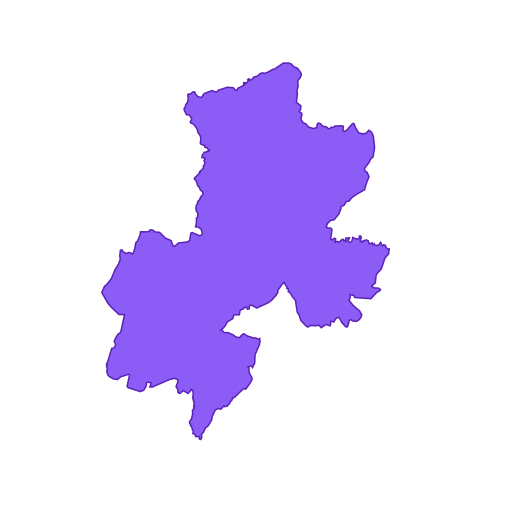 outline of Poko, Orientale, Democratic Republic of the Congo, rotated 23°
{"feature_id": "63176286B68044599971787", "entity_name": "Poko", "entity_type": "district", "adm_level": 2, "iso_a3": "COD", "parent_name": "Democratic Republic of the Congo", "parent_adm1": "Orientale", "projection": "robinson", "projection_center": [26.825, 2.983], "detail": "fine", "context": "isolated", "style": "filled", "palette": "violet", "viewbox_px": 512, "rotation_deg": 23, "n_neighbors": 0, "source": "geoboundaries", "source_scale": "gbopen_adm2", "svg_char_len": 6134}
<svg xmlns="http://www.w3.org/2000/svg" viewBox="0 0 512 512"><g transform="rotate(23 256 256)"><path d="M133.0,131.7L130.1,133.9L132.3,138.2L132.9,141.0L132.2,144.0L132.6,146.4L132.2,148.1L132.9,149.8L136.9,153.2L139.4,152.2L143.1,154.8L143.5,156.1L143.0,158.1L144.1,159.2L145.7,158.9L148.0,159.5L152.4,162.3L154.2,164.9L157.9,167.3L159.5,169.9L160.6,173.9L161.6,174.6L165.6,174.4L166.4,175.8L167.8,175.9L168.4,175.2L169.7,175.9L170.9,177.5L171.7,177.0L171.4,178.6L169.9,178.9L169.3,180.1L167.9,180.6L167.1,184.4L167.8,186.6L168.7,185.9L170.6,185.8L170.5,186.7L171.2,186.9L170.9,188.7L172.4,189.8L172.8,191.9L172.4,194.2L173.4,195.7L171.2,200.4L171.2,201.0L171.9,201.1L168.9,208.4L169.3,209.3L171.8,210.3L174.9,214.1L177.1,215.0L178.8,216.8L181.9,218.0L182.7,219.0L183.1,220.2L181.9,223.3L182.2,225.1L181.8,225.9L182.4,226.4L181.1,228.3L181.3,229.8L181.9,230.4L181.2,232.4L182.0,235.6L183.5,238.0L185.9,239.4L187.1,243.2L186.4,244.3L188.4,249.5L188.9,252.8L191.7,251.9L195.2,252.9L197.9,256.3L197.4,258.2L196.2,259.4L187.9,259.4L187.1,260.6L188.9,267.7L187.4,269.8L179.5,274.4L177.2,279.0L175.7,279.0L171.8,275.0L165.5,274.9L158.0,271.9L153.7,273.3L151.1,272.5L149.2,272.9L148.4,273.3L147.4,275.8L140.2,278.9L141.1,282.1L141.1,286.6L141.0,288.7L140.2,290.9L141.5,296.4L141.9,301.5L141.3,302.6L140.2,302.1L137.5,302.4L135.5,304.5L131.3,303.8L130.3,302.7L128.9,303.6L130.5,309.0L132.3,312.1L132.6,317.1L131.6,323.6L131.7,333.5L129.6,340.9L128.4,343.0L128.3,349.9L138.2,357.4L142.5,359.6L152.7,363.4L157.9,361.4L161.0,377.6L161.0,379.9L159.6,381.6L158.8,386.4L158.8,390.0L161.3,392.0L161.5,394.5L161.2,396.2L159.3,397.4L160.8,411.1L160.6,413.7L160.8,414.4L161.7,414.4L161.6,416.0L163.5,418.5L163.4,419.7L165.7,423.2L167.8,424.2L172.5,424.9L176.8,423.8L178.5,420.2L185.0,414.6L186.1,415.1L188.3,426.4L189.6,427.2L202.6,426.0L205.1,423.4L205.8,418.4L204.7,415.6L205.5,414.5L208.7,413.7L209.4,415.6L209.4,418.1L211.9,417.0L224.3,403.9L228.6,400.5L231.6,400.3L232.5,400.7L233.3,403.0L233.4,407.2L234.3,408.4L235.6,408.6L237.5,412.1L238.9,412.5L239.9,411.9L241.7,408.3L247.0,409.1L248.5,405.7L248.5,404.1L250.6,404.7L252.5,408.4L252.8,410.8L253.9,411.4L253.8,412.4L254.7,412.9L255.3,414.3L256.1,414.3L257.3,418.5L258.1,418.3L258.3,419.0L258.0,420.2L258.6,420.2L258.7,421.1L257.8,422.7L259.8,427.3L259.6,428.0L260.3,430.8L259.5,434.4L260.4,436.1L261.9,436.8L262.1,437.8L263.6,438.4L265.6,441.1L266.9,441.8L267.1,444.0L269.7,444.1L271.0,445.8L274.3,444.4L275.3,446.5L276.8,446.5L277.0,444.0L275.5,441.7L276.5,438.8L276.7,433.8L278.2,431.5L279.3,424.4L278.4,420.7L278.7,413.4L281.4,410.9L283.5,410.8L285.0,406.7L286.3,406.9L286.9,405.6L288.1,405.5L289.4,401.9L289.3,399.6L290.1,398.6L290.1,395.6L291.3,394.8L296.2,383.3L297.4,382.6L298.5,382.7L300.2,375.8L300.6,371.4L300.1,369.9L296.6,367.2L294.4,364.5L293.2,361.6L291.9,361.4L294.2,359.2L295.2,359.1L296.3,360.0L296.7,355.2L293.7,347.2L293.8,336.3L293.0,332.8L291.6,330.5L290.7,331.7L287.5,331.5L286.2,332.4L278.7,333.0L275.1,332.3L273.9,334.0L272.7,337.5L272.0,337.9L268.1,338.4L266.6,337.6L260.3,337.4L256.7,339.0L253.8,337.6L252.5,337.9L254.1,335.1L255.1,331.3L255.2,328.1L259.2,322.5L258.7,321.0L259.0,318.6L263.6,316.6L262.7,312.7L262.9,311.6L265.0,309.6L266.3,307.0L267.6,306.9L268.9,308.4L270.4,307.2L269.6,305.2L269.7,303.7L271.4,303.0L277.0,303.6L285.5,294.3L287.8,290.3L289.9,284.2L290.3,280.8L289.5,279.2L291.1,271.9L292.3,269.2L294.6,271.3L296.1,271.9L297.1,273.9L298.2,273.5L299.0,274.2L299.7,276.4L301.5,276.3L305.8,279.5L309.6,281.4L315.9,291.6L318.9,293.7L322.6,297.9L330.0,301.1L331.7,301.0L333.5,298.6L338.2,296.9L340.8,295.2L344.2,296.5L346.4,292.6L348.5,291.4L351.1,291.5L351.5,291.1L351.3,289.1L350.4,288.0L350.4,286.6L353.4,286.4L354.1,281.8L356.4,280.2L361.2,283.8L365.7,285.9L367.4,286.0L367.9,284.7L367.0,278.5L368.3,277.6L370.4,278.0L373.8,277.1L375.6,274.8L376.5,271.9L376.4,268.8L372.8,266.1L364.7,263.5L358.9,260.4L359.0,257.9L357.9,254.7L361.5,254.2L363.1,255.6L378.5,250.4L381.2,242.6L383.5,239.6L383.7,238.2L381.5,237.7L376.8,239.3L374.3,238.6L376.3,234.1L374.1,226.8L374.5,224.2L376.4,218.8L375.5,207.6L377.2,202.2L375.9,197.4L373.9,198.2L370.6,195.6L369.2,195.7L368.5,197.2L368.0,197.2L365.4,194.7L364.7,197.4L363.5,199.1L360.8,199.5L359.9,198.5L359.0,199.9L357.7,198.6L356.5,199.9L355.1,200.3L353.3,198.1L351.4,198.1L349.0,199.8L348.8,201.5L347.7,201.0L346.6,202.0L345.9,200.7L345.7,197.7L344.4,196.7L343.3,197.3L344.3,198.8L343.5,200.4L340.3,201.2L337.8,201.1L338.4,204.5L337.7,206.6L336.1,206.9L335.0,205.7L334.9,202.7L331.7,204.5L331.8,205.6L333.0,206.4L332.9,207.8L331.3,207.3L330.6,207.6L329.9,206.7L328.6,207.2L327.6,209.9L326.6,210.8L324.8,210.9L323.5,212.3L322.5,208.9L321.1,209.1L319.7,211.5L318.2,211.3L315.5,201.8L313.9,201.1L311.5,202.1L309.5,202.1L309.0,198.5L310.7,194.2L313.8,192.1L315.9,184.6L315.7,179.6L315.0,177.3L317.3,174.7L317.9,170.3L320.3,169.1L321.2,165.3L324.1,160.4L330.1,152.5L329.3,147.4L329.0,138.8L325.6,135.6L323.2,135.2L321.6,133.0L323.6,125.4L323.5,122.4L325.0,119.0L322.8,109.9L317.4,100.1L314.3,97.0L310.8,96.1L309.5,99.7L308.4,100.8L305.2,102.2L302.3,102.4L297.7,99.2L294.6,96.0L293.7,95.9L292.8,97.2L290.2,105.1L288.4,107.0L287.6,106.9L286.4,104.9L285.8,102.5L284.4,102.5L278.0,105.4L276.9,107.5L274.8,108.1L274.5,109.7L272.8,110.5L270.2,109.6L266.2,110.5L264.1,109.1L261.8,109.1L260.8,110.2L261.6,113.8L261.2,114.7L258.9,116.2L253.9,116.8L250.7,115.0L247.2,114.8L243.9,112.7L242.9,107.5L242.3,106.8L239.4,106.3L239.7,103.1L238.4,100.0L233.2,98.9L230.7,90.4L229.3,88.4L228.3,82.9L226.8,80.5L226.1,77.8L227.0,74.9L227.0,71.6L225.8,69.9L220.7,66.9L217.0,67.1L213.6,65.5L210.9,65.6L205.7,67.8L199.9,76.8L198.4,77.7L195.4,81.8L192.4,84.6L190.3,84.9L188.3,86.7L187.4,89.4L184.2,92.0L182.9,95.8L182.1,96.2L180.3,95.6L179.7,96.3L179.4,97.7L180.4,95.9L181.2,96.4L178.7,101.9L177.8,102.2L178.0,100.9L177.2,101.0L176.9,101.7L178.2,103.5L173.8,108.6L173.5,111.3L172.1,111.3L169.4,110.0L163.9,111.7L156.4,118.2L156.3,119.3L155.4,120.7L150.9,120.9L145.0,126.5L144.2,128.7L144.3,130.5L143.7,131.3L140.8,132.1L136.9,130.7L135.8,129.1L134.5,129.1L133.4,130.2L133.0,131.7Z" fill="#8b5cf6" stroke="#5b21b6" stroke-width="1.5"/></g></svg>